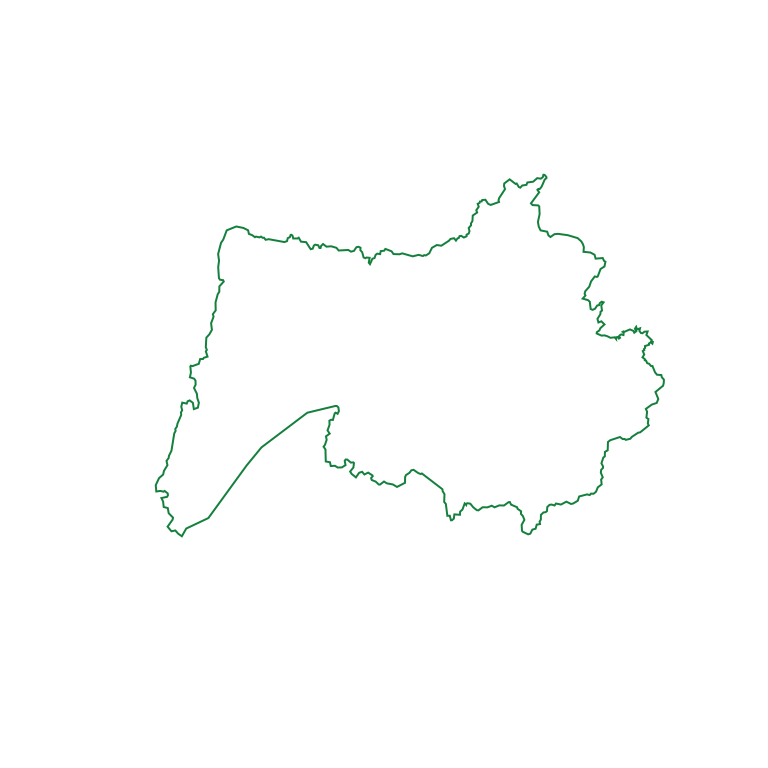 the district of Sangkhla Buri, Kanchanaburi, Thailand, rotated 230°
{"feature_id": "78962969B87118801609333", "entity_name": "Sangkhla Buri", "entity_type": "district", "adm_level": 2, "iso_a3": "THA", "parent_name": "Thailand", "parent_adm1": "Kanchanaburi", "projection": "albers", "projection_center": [98.539, 15.257], "detail": "fine", "context": "isolated", "style": "outline", "palette": "green", "viewbox_px": 768, "rotation_deg": 230, "n_neighbors": 0, "source": "geoboundaries", "source_scale": "gbopen_adm2", "svg_char_len": 6154}
<svg xmlns="http://www.w3.org/2000/svg" viewBox="0 0 768 768"><g transform="rotate(230 384 384)"><path d="M599.6,372.1L602.8,362.3L597.9,353.6L596.9,349.9L590.2,340.5L584.5,336.9L580.1,332.1L571.2,325.6L569.3,325.4L566.9,327.5L565.5,327.1L564.6,320.6L560.5,317.1L559.7,314.4L554.8,307.4L548.6,302.4L547.5,297.8L545.1,296.7L541.7,290.6L536.1,287.0L534.3,282.1L533.7,277.7L526.7,271.1L524.0,270.2L523.5,268.5L518.4,266.4L519.9,262.8L519.5,261.4L521.3,259.2L518.5,255.1L520.8,248.8L522.2,247.7L521.9,246.9L516.8,243.4L513.9,239.6L510.1,242.0L507.8,241.8L504.6,239.3L503.1,235.9L496.8,234.4L493.2,231.9L488.7,230.2L485.5,226.2L487.0,222.2L492.4,225.5L496.3,224.6L497.0,222.5L495.8,220.3L499.4,217.5L496.9,214.1L493.6,212.5L492.8,210.3L490.6,208.7L486.4,200.3L484.5,198.0L483.7,195.2L482.0,194.2L481.0,191.6L469.5,178.3L467.2,173.1L465.7,171.4L464.9,168.0L461.0,165.9L458.9,159.6L456.6,156.6L456.5,151.2L453.2,144.1L448.0,140.5L445.8,144.0L443.2,145.9L443.1,147.2L439.2,148.0L437.6,146.9L437.0,145.3L439.7,140.2L435.9,139.2L431.4,136.2L427.9,138.6L423.4,136.0L417.3,136.5L416.0,134.9L413.8,126.5L407.8,126.5L405.9,130.0L401.6,130.1L397.3,131.3L400.4,139.6L394.2,163.3L409.9,226.4L414.2,249.4L411.3,306.8L398.4,332.7L397.4,333.7L395.4,334.0L392.2,332.0L391.0,329.3L393.1,328.6L393.2,327.4L389.3,321.7L390.6,320.5L391.0,318.6L387.8,316.1L384.7,310.9L380.9,310.5L381.2,305.9L378.1,304.2L375.3,299.6L374.8,297.4L371.5,297.1L362.1,289.6L358.8,292.3L355.4,290.5L352.8,293.9L349.8,294.8L347.2,298.1L346.6,302.4L350.4,304.5L350.8,306.1L349.7,307.3L345.1,308.1L343.7,310.1L342.8,310.2L339.7,306.9L338.7,301.8L336.0,301.4L330.5,302.5L332.0,307.9L330.8,310.8L327.3,310.8L326.3,314.9L321.4,316.4L320.6,316.1L320.2,313.6L318.3,312.9L314.6,314.9L310.3,315.4L309.5,316.4L309.3,321.3L306.1,322.3L301.4,326.2L296.8,327.8L294.8,336.6L299.2,340.4L300.1,342.3L299.6,346.5L300.3,349.5L299.2,351.5L293.7,353.0L291.4,354.3L291.1,355.5L265.9,361.1L264.1,360.0L260.7,359.5L255.0,354.3L252.4,354.3L242.3,347.8L240.8,349.7L236.6,347.7L235.9,348.5L236.0,351.0L238.9,354.1L235.0,358.1L237.3,360.3L237.4,363.4L240.6,369.0L238.5,369.2L239.4,370.2L239.0,371.3L236.8,373.2L232.3,373.1L227.7,374.0L226.5,375.1L226.2,380.3L223.0,384.0L221.5,388.3L218.5,389.4L216.9,394.3L213.8,397.8L213.4,403.5L212.7,404.5L209.9,403.8L204.1,406.7L202.5,406.1L198.4,407.2L196.5,405.4L193.5,405.5L189.7,404.2L187.6,398.9L182.9,395.4L181.6,395.3L176.2,397.8L175.3,399.9L177.1,404.0L175.7,407.1L178.1,410.6L176.4,413.5L178.6,414.8L179.3,417.0L182.9,420.1L183.1,423.6L181.9,425.5L181.9,427.2L184.8,430.0L185.0,433.1L184.0,434.8L181.3,436.6L181.9,438.9L177.9,442.1L176.6,448.1L172.0,450.1L170.9,451.9L170.0,457.4L172.4,461.2L168.9,468.6L166.7,470.2L167.0,472.1L165.2,474.0L165.2,477.2L167.4,481.3L167.2,486.2L171.2,488.9L171.9,491.6L176.7,493.1L178.6,495.1L179.0,497.9L180.0,498.8L183.5,499.6L186.7,504.8L186.6,506.6L190.0,509.6L189.4,512.7L195.6,518.3L195.5,521.2L191.7,530.7L188.3,531.5L187.2,533.0L185.8,533.3L183.7,537.6L184.2,539.6L183.3,547.5L182.3,549.1L182.1,560.2L184.1,560.7L187.2,564.0L189.6,563.4L193.6,567.7L196.6,568.6L196.1,575.9L194.2,580.7L196.2,584.5L203.4,586.8L203.3,596.7L205.0,599.0L207.4,601.2L210.7,601.2L212.6,602.2L215.6,599.1L218.6,599.1L225.2,601.2L226.1,600.1L229.1,600.1L230.8,599.0L233.1,599.7L234.5,599.1L234.9,599.8L238.3,599.2L239.3,602.3L242.9,603.4L242.7,605.2L243.7,605.6L243.8,607.2L245.3,608.3L243.7,612.3L244.7,613.0L244.5,615.1L242.4,615.5L243.4,617.0L245.0,616.1L245.5,617.3L252.9,616.5L254.8,619.7L256.7,617.1L256.7,614.7L257.9,613.6L260.5,613.8L262.1,615.9L263.1,612.9L265.7,613.9L265.0,611.7L262.3,611.2L262.4,608.7L264.3,609.2L267.7,607.5L269.5,601.6L270.4,601.2L270.5,600.4L269.4,600.8L267.6,598.9L269.5,597.6L269.8,595.8L269.5,594.7L267.7,594.5L267.8,593.1L270.0,592.9L270.7,591.6L269.4,590.7L271.5,590.7L273.8,587.2L277.0,585.8L279.5,584.2L281.3,581.7L286.0,579.4L286.9,580.4L286.6,583.4L287.7,585.7L287.9,591.2L292.3,590.8L293.3,587.8L296.7,589.4L298.4,594.6L300.2,596.4L300.1,598.2L304.6,601.0L305.4,604.7L307.1,603.7L307.2,601.2L306.2,599.4L307.1,597.8L306.0,594.0L306.7,591.5L308.6,590.5L314.7,594.5L317.1,594.2L321.7,591.1L322.3,595.2L324.2,595.7L325.7,597.8L326.6,603.8L329.5,608.6L330.9,614.6L329.2,615.9L329.0,616.9L332.9,623.8L332.3,628.4L335.3,632.2L336.9,631.7L339.9,632.5L344.0,626.7L347.7,628.4L352.1,626.6L357.0,621.8L360.4,625.1L363.4,626.3L366.5,626.8L371.3,626.1L379.8,620.5L387.2,613.8L389.2,610.9L389.6,606.0L392.1,605.5L395.8,606.9L401.0,602.7L405.1,603.7L409.2,606.1L414.1,612.4L420.3,617.1L421.7,616.9L425.6,612.8L427.9,612.7L431.1,626.1L434.1,626.3L434.2,627.6L433.3,628.5L433.8,631.5L437.3,638.5L437.3,640.8L438.3,641.5L441.0,641.4L441.8,640.6L440.4,638.7L440.5,636.1L443.2,633.7L443.1,628.3L446.2,623.4L445.0,621.1L447.2,617.5L446.8,614.6L448.2,613.9L452.3,614.5L452.7,613.4L460.0,611.8L460.3,605.0L458.6,603.2L455.5,602.0L452.4,591.7L451.1,589.8L449.5,589.1L452.6,580.8L455.1,579.6L460.0,580.1L461.8,577.4L461.1,576.1L462.1,574.8L461.3,573.6L461.8,571.6L458.9,570.5L457.8,566.4L455.5,565.6L456.0,560.3L452.0,556.5L451.1,553.8L449.6,552.7L449.1,549.2L446.1,547.7L444.8,545.5L445.3,543.3L444.1,542.2L444.9,539.3L447.8,538.4L448.7,536.9L447.8,535.1L448.3,533.9L447.6,531.3L450.6,531.4L452.4,528.2L452.0,525.8L453.1,516.8L456.5,513.8L457.5,508.3L455.0,502.6L455.6,498.6L456.9,497.6L457.0,496.1L460.7,493.5L463.3,488.1L472.4,481.9L473.4,479.3L477.4,474.8L480.8,475.1L486.6,471.9L486.0,469.8L487.9,466.9L486.0,464.5L488.2,462.6L488.3,460.6L486.6,457.7L487.4,455.6L484.8,450.3L486.7,450.3L489.9,454.1L492.2,451.8L492.3,450.6L494.0,449.7L499.0,452.0L501.7,451.9L503.5,453.6L505.5,452.7L506.5,450.8L505.3,446.5L506.6,443.8L509.6,442.8L515.4,435.1L518.9,435.1L523.4,432.1L526.2,428.2L530.4,427.3L530.2,424.6L529.0,422.8L529.7,422.0L532.5,422.8L535.0,420.8L535.1,419.2L533.5,416.4L534.4,414.5L542.7,415.5L546.4,411.9L550.9,412.7L551.1,411.3L553.8,408.0L556.5,409.3L557.8,409.0L558.2,408.3L557.0,406.3L557.6,404.0L555.8,401.6L556.7,399.0L569.0,388.8L570.6,386.0L573.2,386.1L574.0,385.0L576.0,384.5L576.4,382.8L579.2,380.7L579.4,379.5L582.8,378.7L585.8,377.0L589.1,378.7L593.9,376.6L599.6,372.1Z" fill="none" stroke="#15803d" stroke-width="2"/></g></svg>